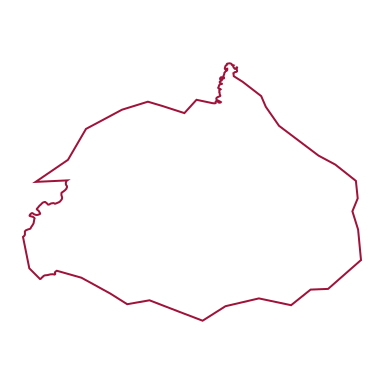 Orxontuul, Selenge, Mongolia
{"feature_id": "93677404B15519148095195", "entity_name": "Orxontuul", "entity_type": "district", "adm_level": 2, "iso_a3": "MNG", "parent_name": "Mongolia", "parent_adm1": "Selenge", "projection": "robinson", "projection_center": [104.906, 48.824], "detail": "fine", "context": "isolated", "style": "outline", "palette": "rose", "viewbox_px": 384, "rotation_deg": 0, "n_neighbors": 0, "source": "geoboundaries", "source_scale": "gbopen_adm2", "svg_char_len": 4092}
<svg xmlns="http://www.w3.org/2000/svg" viewBox="0 0 384 384"><path d="M35.6,181.9L67.2,180.4L66.6,180.8L66.2,181.7L65.9,182.5L65.9,183.1L65.8,183.6L65.9,184.3L66.3,185.3L66.9,186.1L67.0,186.8L67.0,187.2L66.6,188.0L66.4,188.8L65.8,189.3L65.4,189.9L64.3,190.8L62.2,192.3L61.6,192.7L61.4,193.6L61.4,195.1L62.1,197.3L62.1,198.1L61.9,199.0L61.1,200.2L59.8,201.7L58.3,202.5L55.3,203.7L54.7,203.7L54.1,203.3L53.5,203.1L53.1,203.1L52.2,203.3L51.2,203.4L50.5,203.7L49.2,204.5L48.6,204.6L47.9,204.5L47.0,203.4L45.2,202.0L44.5,202.0L43.1,202.5L42.7,202.7L41.9,203.4L41.0,204.4L39.4,205.8L38.3,207.2L36.9,208.8L36.8,209.2L37.3,209.8L38.7,210.9L39.3,211.9L40.1,213.3L39.9,214.0L38.6,214.6L37.0,215.0L35.9,214.9L34.1,214.3L32.6,213.2L32.1,213.1L31.7,213.2L31.3,213.4L30.1,214.5L29.6,215.5L29.7,215.9L30.1,216.1L31.2,216.4L32.7,216.7L33.6,217.3L34.3,217.9L34.6,218.3L34.3,219.3L33.6,223.2L33.0,224.4L31.0,227.4L30.6,228.3L30.1,228.8L28.1,229.4L25.9,230.3L24.9,231.4L24.9,234.8L24.0,236.1L23.0,236.9L29.3,268.3L40.0,279.0L40.3,278.9L40.7,278.8L41.0,278.6L41.5,278.0L42.1,277.3L42.6,277.0L43.0,276.6L43.3,276.2L43.6,275.9L44.1,275.7L44.7,275.4L45.5,275.3L46.1,275.2L46.8,275.2L47.3,275.1L47.9,275.0L48.3,274.9L48.5,274.8L49.5,274.6L50.6,274.3L51.5,274.3L52.3,274.2L53.2,274.3L53.7,274.4L54.1,274.5L54.4,274.5L54.7,274.5L54.9,274.4L55.1,274.2L55.2,273.9L55.2,273.6L55.1,273.2L54.9,272.9L54.9,272.6L55.0,272.3L55.2,272.0L55.5,271.7L55.9,271.4L56.4,271.0L56.6,270.8L57.0,270.8L81.4,277.7L110.2,293.5L127.2,304.2L149.5,300.3L179.8,312.0L202.6,320.7L225.5,306.2L258.9,298.4L291.1,305.2L310.6,289.6L328.1,288.9L360.8,260.2L361.0,260.1L358.1,229.6L352.4,211.3L357.7,198.4L355.9,180.9L335.3,164.6L318.5,155.6L279.0,125.8L265.8,106.8L261.2,96.1L242.8,81.9L233.8,76.2L233.4,73.3L233.8,73.2L234.0,72.8L234.3,72.5L234.7,72.2L235.2,72.1L235.8,72.0L236.3,71.9L236.7,71.7L237.0,71.4L237.1,70.8L237.0,70.3L236.8,69.8L236.7,69.3L236.7,68.9L236.8,68.6L236.9,68.1L237.1,67.5L237.0,67.4L236.9,67.3L236.7,67.3L236.3,67.8L236.2,68.2L236.0,68.5L235.8,68.7L235.5,68.8L235.2,68.9L234.6,68.7L234.2,68.1L233.4,67.0L233.2,66.5L233.2,66.3L233.3,66.0L233.5,65.7L233.7,65.4L232.9,65.1L232.7,65.2L232.5,65.3L232.3,65.2L232.1,65.1L231.9,64.8L231.7,64.2L231.1,63.7L230.6,63.5L229.9,63.4L229.6,63.3L229.3,63.3L228.9,63.4L228.4,63.5L227.7,63.6L227.3,63.7L227.1,63.8L226.9,64.0L226.9,64.5L226.9,64.8L226.5,65.1L226.1,65.3L225.8,65.6L225.5,66.0L225.3,66.6L225.1,67.1L224.9,67.9L224.8,68.5L224.9,68.8L225.0,69.0L225.5,69.3L226.0,69.4L226.4,69.1L226.7,68.8L226.9,68.7L227.2,68.7L227.2,68.8L227.3,69.0L227.3,69.5L227.2,70.0L227.0,70.4L226.5,70.9L225.7,71.1L225.4,71.4L225.2,71.8L224.9,72.3L224.6,72.7L224.3,73.0L224.3,73.5L224.2,74.3L223.9,75.0L223.6,75.6L223.4,76.1L223.4,76.6L223.5,76.8L223.7,77.1L224.0,77.4L224.0,77.8L224.0,78.2L223.7,78.5L223.4,78.6L223.1,78.6L222.9,78.5L222.6,78.2L222.3,77.6L222.0,77.3L221.5,77.2L221.0,77.3L220.7,77.5L220.3,78.0L220.1,78.4L220.1,78.8L220.1,79.1L220.3,79.3L220.6,79.5L221.0,79.5L221.3,79.5L221.7,79.4L221.9,79.5L222.0,79.8L221.8,80.2L221.6,80.5L221.0,80.8L220.5,81.1L220.0,81.5L219.8,81.7L219.7,82.0L219.8,82.5L220.0,82.9L220.5,83.3L221.0,83.4L221.6,83.5L221.9,83.7L221.9,83.9L221.8,84.0L221.3,84.1L220.7,84.2L220.1,84.5L219.6,84.8L219.2,85.1L218.9,86.0L218.6,87.0L218.3,87.5L218.2,87.8L218.4,88.2L218.8,88.5L219.5,88.7L220.0,88.9L220.3,89.1L220.6,89.3L220.4,89.5L219.9,89.8L219.4,90.1L219.3,90.5L219.3,90.8L219.4,91.1L219.4,91.5L219.3,91.8L219.2,92.1L219.3,92.3L219.5,92.4L219.6,92.6L219.6,93.2L219.7,94.1L219.9,94.6L220.1,95.2L220.3,95.5L220.3,95.8L220.2,96.0L219.9,96.2L219.1,96.5L217.5,97.2L216.8,97.7L216.4,98.2L216.3,98.7L216.4,99.2L216.6,99.5L216.8,99.9L217.3,100.3L218.0,100.5L218.5,100.8L219.3,101.2L219.9,101.5L220.5,101.8L220.9,102.1L220.7,102.4L220.2,102.6L219.7,102.7L219.2,102.7L218.7,102.5L218.3,102.2L218.0,101.8L217.5,101.5L216.9,101.3L216.1,101.2L215.7,101.6L215.6,102.0L215.7,102.7L215.7,103.0L215.4,103.2L214.7,103.3L213.9,103.3L212.7,103.2L196.5,99.8L184.4,113.1L162.4,106.0L147.9,101.7L122.0,109.7L86.0,128.9L68.0,159.8L35.6,181.9Z" fill="none" stroke="#9f1239" stroke-width="2"/></svg>